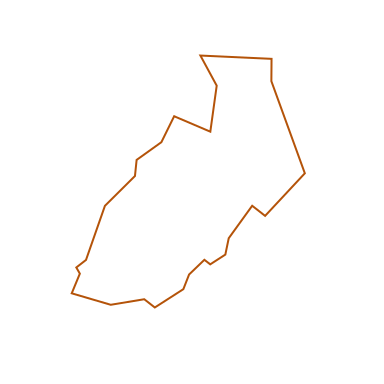 Mundri East, Western Equatoria, South Sudan (Equal Earth projection), rotated 38°
{"feature_id": "79223893B67918062022173", "entity_name": "Mundri East", "entity_type": "district", "adm_level": 2, "iso_a3": "SSD", "parent_name": "South Sudan", "parent_adm1": "Western Equatoria", "projection": "equal_earth", "projection_center": [30.696, 5.301], "detail": "fine", "context": "isolated", "style": "outline", "palette": "amber", "viewbox_px": 384, "rotation_deg": 38, "n_neighbors": 0, "source": "geoboundaries", "source_scale": "gbopen_adm2", "svg_char_len": 497}
<svg xmlns="http://www.w3.org/2000/svg" viewBox="0 0 384 384"><g transform="rotate(38 192 192)"><path d="M247.9,166.0L247.9,165.8L264.3,165.8L269.4,107.8L186.3,55.8L172.7,38.1L114.6,79.3L146.0,93.0L169.3,133.2L131.3,143.3L137.2,171.6L128.6,200.8L137.2,214.5L131.9,256.5L150.3,310.8L147.3,322.7L153.9,325.4L159.6,345.9L197.4,330.9L220.4,305.9L233.8,305.9L245.0,273.9L240.5,258.8L243.5,237.8L250.9,237.8L256.8,220.8L249.4,205.8L247.9,166.0Z" fill="none" stroke="#b45309" stroke-width="2"/></g></svg>